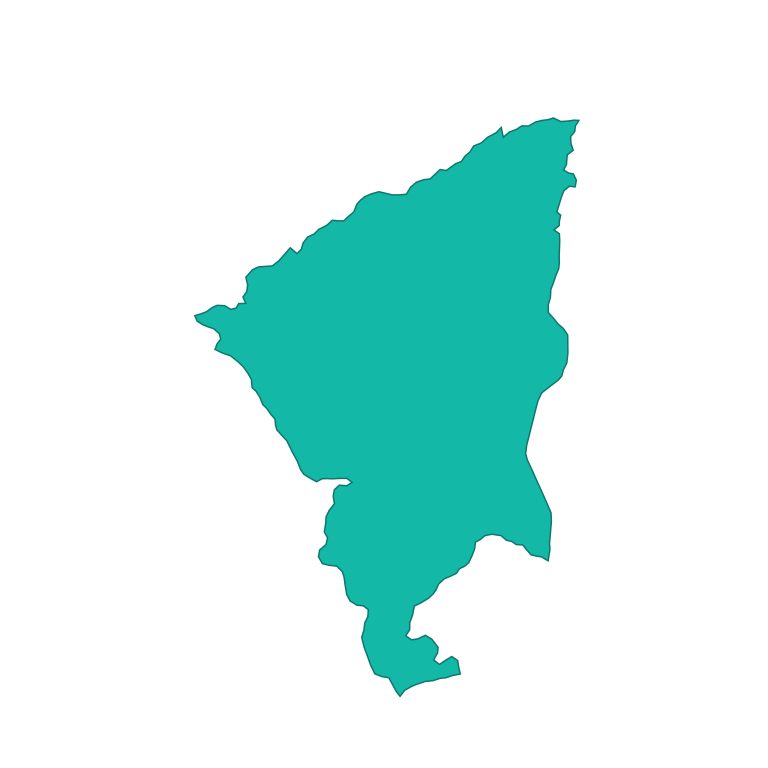 São Bernardo do Campo, São Paulo, Brazil (Mercator projection), rotated 193°
{"feature_id": "56859067B73038458371081", "entity_name": "São Bernardo do Campo", "entity_type": "district", "adm_level": 2, "iso_a3": "BRA", "parent_name": "Brazil", "parent_adm1": "São Paulo", "projection": "mercator", "projection_center": [-46.552, -23.804], "detail": "fine", "context": "isolated", "style": "filled", "palette": "teal", "viewbox_px": 768, "rotation_deg": 193, "n_neighbors": 0, "source": "geoboundaries", "source_scale": "gbopen_adm2", "svg_char_len": 3294}
<svg xmlns="http://www.w3.org/2000/svg" viewBox="0 0 768 768"><g transform="rotate(193 384 384)"><path d="M583.7,408.0L580.0,403.1L573.9,401.0L568.8,400.2L562.4,399.6L555.6,395.8L553.2,391.0L555.6,385.7L556.4,379.6L547.6,377.7L540.0,377.0L531.4,372.9L524.8,369.0L519.2,364.0L514.3,358.7L511.6,350.7L506.8,348.0L501.7,342.8L497.5,336.7L492.7,333.8L487.4,328.9L482.3,325.4L480.6,320.0L478.2,315.3L472.8,311.5L466.2,307.1L461.7,301.7L458.2,297.3L451.0,289.2L446.1,281.9L441.8,278.0L436.2,276.1L427.8,273.6L422.9,277.8L417.9,279.1L412.9,280.0L407.3,281.7L399.0,283.7L393.0,281.0L397.3,276.5L404.7,275.4L408.6,269.8L408.3,263.4L405.4,256.2L409.0,248.4L410.5,241.7L409.4,234.2L408.9,226.6L404.4,221.4L404.4,214.5L409.4,207.7L409.0,200.9L403.6,195.1L396.7,195.0L389.0,195.9L382.4,191.8L379.5,186.9L376.3,178.5L372.9,170.4L368.3,165.0L360.7,162.4L354.3,163.2L348.5,160.6L347.4,153.6L349.0,146.9L348.2,140.0L348.7,132.1L344.2,123.2L338.4,114.3L333.8,107.1L327.7,99.5L320.1,98.4L313.2,98.9L308.1,93.1L302.5,86.8L298.1,83.3L294.9,90.3L289.6,95.1L285.6,98.1L281.3,100.7L276.9,103.5L269.7,105.9L263.0,109.9L257.5,111.7L252.2,115.1L244.4,118.6L247.4,124.7L250.0,131.1L256.7,133.7L261.5,129.0L267.0,123.2L273.6,126.4L271.3,133.9L272.0,139.5L280.0,146.1L287.1,148.5L293.8,143.2L299.6,140.9L306.2,143.5L303.7,150.4L305.2,157.1L304.2,165.4L304.5,174.5L298.4,179.4L292.5,185.2L289.0,190.4L286.9,195.3L285.8,201.4L281.5,207.7L274.9,212.5L270.8,215.9L268.9,221.1L264.4,224.6L261.2,229.0L259.5,237.0L258.6,244.0L259.3,250.6L255.3,253.9L251.4,259.1L245.0,261.9L235.8,262.6L229.6,259.3L224.1,259.3L219.0,257.3L212.7,258.4L207.6,254.5L202.3,250.6L196.8,250.6L191.7,251.0L184.3,248.6L185.1,260.2L186.9,266.0L189.9,287.4L192.3,296.1L197.2,302.8L208.1,317.4L211.3,321.4L215.8,327.4L219.8,332.7L227.2,342.2L230.4,348.3L231.2,356.8L231.0,364.2L230.7,381.4L230.4,396.6L230.2,402.5L228.3,410.9L221.9,418.8L215.0,427.1L212.6,431.8L212.4,438.2L210.6,445.7L211.8,455.6L216.0,473.0L221.7,478.4L228.0,481.7L233.1,485.8L240.0,490.6L241.8,498.4L241.3,505.4L242.7,513.8L241.6,521.4L241.0,528.0L239.7,535.6L240.5,542.0L242.1,548.0L243.2,553.9L245.0,563.2L246.9,569.8L253.0,572.4L249.0,577.6L249.8,582.8L249.8,588.2L254.3,590.6L253.7,598.6L253.2,605.8L252.2,612.8L248.0,618.3L242.1,619.1L242.4,625.8L246.8,631.3L251.7,631.1L257.2,633.0L255.6,638.8L257.0,648.5L252.2,654.3L255.9,660.3L257.8,667.1L254.9,673.1L255.6,678.4L253.4,684.7L258.3,683.8L263.3,681.8L270.8,679.5L278.8,681.3L283.7,678.4L289.5,676.3L295.2,673.4L301.2,667.9L307.9,666.4L312.3,661.8L318.5,657.7L323.3,651.3L327.5,660.3L331.1,654.2L338.4,647.8L343.6,640.6L350.1,636.2L352.4,629.5L356.4,624.1L358.7,618.2L363.8,614.7L371.4,606.0L377.6,605.6L381.6,599.5L385.3,594.1L390.9,592.2L397.7,588.0L402.3,581.9L404.9,573.9L412.4,571.5L418.8,570.1L425.9,570.2L432.2,570.2L439.3,566.3L445.0,562.0L448.2,557.9L450.8,553.3L452.1,544.9L456.7,538.8L459.8,533.9L465.1,532.7L471.2,531.9L475.4,525.8L482.3,520.0L485.8,514.5L491.4,510.1L494.6,503.1L494.8,496.9L498.2,491.5L506.0,495.6L510.7,486.7L514.3,480.2L519.4,473.9L526.1,471.9L532.7,469.8L537.8,465.8L542.6,457.0L539.1,449.7L538.5,443.1L541.0,437.1L536.8,431.4L543.6,429.7L545.1,424.8L550.0,422.2L556.9,424.5L564.3,423.1L568.5,419.9L573.3,414.4L578.1,411.2L583.7,408.0Z" fill="#14b8a6" stroke="#0f766e" stroke-width="1.5"/></g></svg>